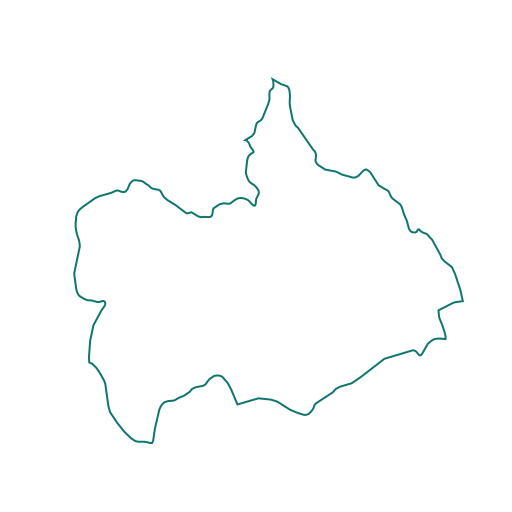 map outline of Junín (Equal Earth projection), rotated 165°
{"feature_id": "PER-590", "entity_name": "Junín", "entity_type": "Department", "adm_level": 1, "iso_a3": "PER", "parent_name": "Peru", "parent_adm1": "", "projection": "equal_earth", "projection_center": [-74.886, -11.684], "detail": "fine", "context": "isolated", "style": "outline", "palette": "teal", "viewbox_px": 512, "rotation_deg": 165, "n_neighbors": 0, "source": "natural_earth", "source_scale": "10m", "svg_char_len": 4119}
<svg xmlns="http://www.w3.org/2000/svg" viewBox="0 0 512 512"><g transform="rotate(165 256 256)"><path d="M444.6,196.4L443.6,201.3L438.1,217.1L431.0,231.1L419.4,243.4L415.2,246.9L414.3,248.0L413.8,249.3L414.0,251.1L414.9,252.0L415.9,252.3L418.7,252.1L420.2,252.3L421.5,252.8L426.3,255.6L430.0,256.8L431.1,257.5L433.3,259.3L436.6,262.8L437.2,263.6L437.7,264.9L438.0,266.6L438.2,268.3L438.1,271.2L436.3,285.3L435.9,286.7L424.0,310.2L423.5,311.7L423.0,315.3L422.9,316.7L423.3,323.8L423.1,327.4L422.6,331.0L421.7,334.5L419.4,340.7L418.6,342.0L417.0,344.3L416.0,345.3L414.9,346.2L410.8,348.2L396.4,353.5L392.0,354.3L379.5,354.5L374.3,355.3L372.6,355.2L371.6,354.5L371.1,354.0L369.2,352.8L367.2,351.9L366.1,351.9L365.3,352.1L364.1,352.8L362.5,354.1L359.4,358.2L357.6,359.6L355.4,360.6L354.2,360.7L353.3,360.6L348.0,358.5L346.7,357.7L345.6,356.8L343.9,354.5L341.9,352.4L339.5,348.8L338.6,348.0L337.3,347.2L333.1,345.2L332.2,344.5L331.7,344.0L331.4,343.3L331.2,342.6L330.6,339.8L329.9,337.4L329.4,336.3L327.1,333.0L320.7,326.2L312.8,316.1L311.6,315.0L310.8,314.9L307.1,315.0L301.6,309.3L299.4,307.8L296.2,307.3L291.2,305.7L290.0,305.6L289.1,305.8L288.6,306.2L288.1,306.6L287.3,307.8L286.6,309.4L285.7,311.7L285.2,312.4L284.4,313.1L278.2,315.3L275.5,315.4L273.5,315.2L271.9,314.7L270.4,314.0L268.4,313.4L266.9,313.5L262.1,315.5L259.1,316.3L257.0,316.2L255.3,315.9L252.8,314.8L251.2,313.7L250.3,313.0L249.4,312.1L248.5,311.0L246.3,306.7L245.4,305.6L244.1,304.9L243.3,305.7L242.6,306.8L241.9,309.0L241.3,310.3L240.7,311.5L237.9,314.6L237.1,315.8L236.7,317.2L236.7,318.9L237.2,320.4L237.8,322.0L239.2,324.7L242.1,327.8L242.9,329.0L243.5,330.5L243.9,332.2L244.3,336.1L244.3,338.1L244.0,339.9L239.7,350.8L239.0,352.1L238.1,353.5L236.7,354.9L234.2,356.1L232.3,356.6L231.7,356.9L231.3,357.2L231.6,358.9L231.8,359.6L233.1,362.7L233.5,366.6L233.8,367.3L234.7,369.4L235.1,369.9L235.3,370.1L236.4,370.7L228.6,373.0L225.7,375.3L222.0,382.5L220.8,384.2L219.2,384.9L217.5,385.4L215.3,386.4L213.8,387.8L204.5,400.3L203.2,402.3L202.3,404.1L201.3,408.4L200.5,410.7L199.6,412.1L198.3,412.9L197.2,413.3L195.9,414.2L195.2,415.6L194.7,417.3L194.1,420.6L194.2,422.4L187.3,415.5L182.7,412.4L181.6,411.4L181.0,409.5L180.9,406.7L181.8,401.6L183.7,395.8L184.4,392.3L185.4,377.7L184.0,371.6L182.3,369.1L173.5,344.5L172.0,341.5L171.7,338.3L174.0,332.3L173.3,329.4L172.7,328.1L166.8,321.6L157.2,317.0L153.9,314.3L153.0,313.3L151.9,312.4L142.0,306.6L140.4,306.2L137.9,306.5L136.2,307.0L130.3,310.6L128.1,311.2L126.9,311.0L125.1,309.0L123.9,307.1L119.3,292.6L115.1,288.2L112.8,286.1L111.8,285.0L111.0,283.4L110.2,278.4L109.2,276.1L103.7,269.0L103.0,267.4L102.5,264.9L102.3,258.3L101.2,250.9L101.2,243.4L100.9,241.4L100.2,239.8L98.9,238.5L96.2,237.5L94.7,237.8L92.7,239.6L91.7,239.6L90.4,237.3L89.2,235.8L86.2,233.7L84.7,232.2L83.7,229.7L81.7,226.3L77.6,209.5L77.2,205.9L75.6,202.5L69.6,194.4L68.4,187.3L67.4,170.3L67.9,158.8L75.0,159.8L77.9,159.7L93.8,156.3L94.9,150.0L94.8,147.4L94.0,141.4L93.5,132.5L93.8,128.7L94.3,126.8L94.9,126.8L95.6,127.0L96.3,127.4L97.2,127.7L98.4,128.3L103.5,129.5L106.4,129.4L109.5,128.3L112.8,126.7L121.0,118.4L122.5,117.5L123.8,117.8L124.5,119.0L125.8,121.8L126.6,122.9L127.5,123.7L128.2,124.1L129.0,124.3L158.5,123.5L186.0,112.0L196.6,108.3L208.7,108.0L213.1,107.0L217.2,104.4L236.3,98.1L238.0,96.9L239.9,94.2L241.4,92.7L244.1,90.7L246.2,89.8L248.5,89.6L250.2,89.9L251.6,90.6L256.3,93.6L262.9,98.7L271.9,108.5L273.7,110.2L278.7,113.4L290.5,117.9L312.3,117.4L314.5,133.1L315.8,139.0L316.5,141.2L319.8,148.0L321.6,149.5L323.9,150.6L327.5,151.0L332.6,149.2L335.0,147.6L336.8,146.0L338.6,144.8L340.8,144.3L347.9,144.8L350.6,144.5L352.6,143.9L354.9,142.1L361.5,139.7L363.4,139.4L365.3,139.3L369.2,138.5L371.0,137.9L372.8,137.6L378.4,138.6L382.1,138.5L383.9,137.7L385.8,136.4L387.5,134.7L389.1,132.7L398.4,115.3L403.2,104.1L404.8,102.3L406.6,102.7L409.3,104.3L412.0,105.5L417.8,107.1L419.1,107.7L420.3,108.4L422.3,110.4L424.1,112.7L428.7,120.3L433.1,130.4L437.2,142.3L437.4,143.4L437.4,149.5L434.7,171.4L434.8,173.0L435.0,175.1L437.6,185.1L439.4,189.8L442.1,194.2L444.6,196.4Z" fill="none" stroke="#0f766e" stroke-width="2"/></g></svg>